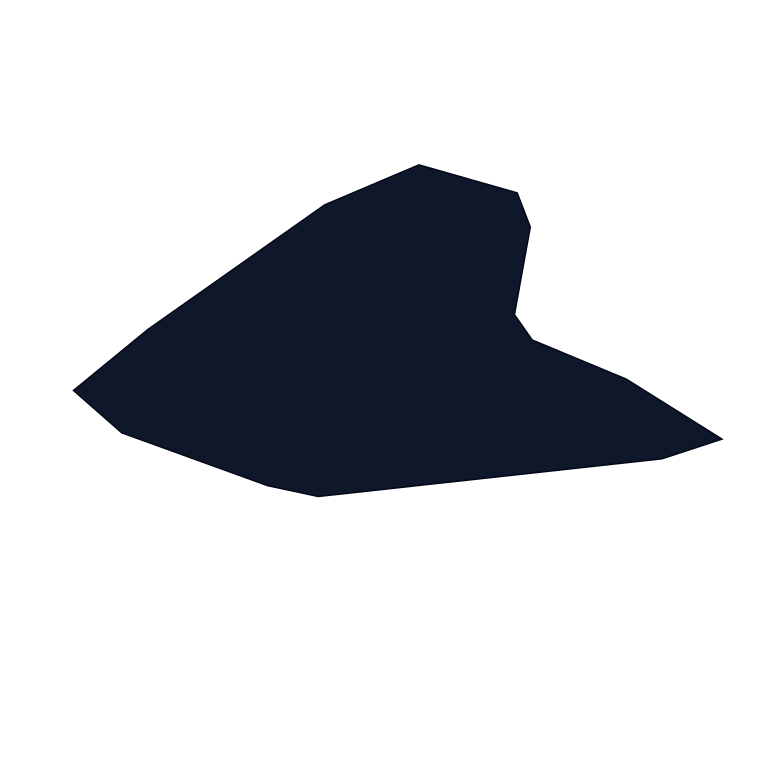 outline of Labuan, rotated 246°
{"feature_id": "MYS-4833", "entity_name": "Labuan", "entity_type": "Federal Territory", "adm_level": 1, "iso_a3": "MYS", "parent_name": "Malaysia", "parent_adm1": "", "projection": "robinson", "projection_center": [115.218, 5.32], "detail": "fine", "context": "isolated", "style": "filled", "palette": "ink", "viewbox_px": 768, "rotation_deg": 246, "n_neighbors": 0, "source": "natural_earth", "source_scale": "10m", "svg_char_len": 350}
<svg xmlns="http://www.w3.org/2000/svg" viewBox="0 0 768 768"><g transform="rotate(246 384 384)"><path d="M529.9,190.6L571.8,402.7L570.0,505.0L504.4,583.4L467.9,581.5L394.3,531.4L363.9,537.3L289.8,607.4L196.2,670.3L202.6,607.6L308.0,278.1L338.4,236.4L446.0,124.6L504.4,97.7L529.9,190.6Z" fill="#0f172a" stroke="#020617" stroke-width="1.5"/></g></svg>